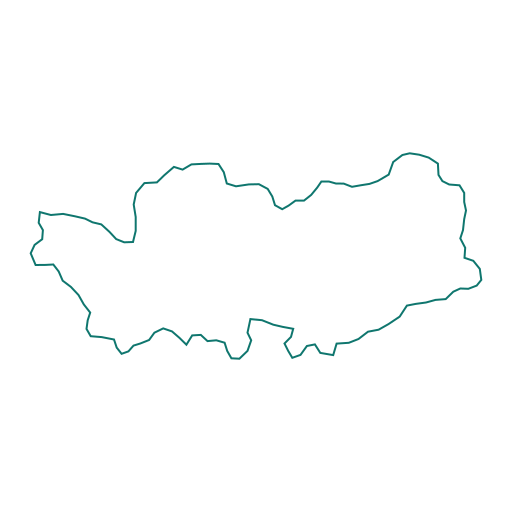 outline of Coimbra, Minas Gerais, Brazil
{"feature_id": "56859067B39104662018874", "entity_name": "Coimbra", "entity_type": "district", "adm_level": 2, "iso_a3": "BRA", "parent_name": "Brazil", "parent_adm1": "Minas Gerais", "projection": "albers", "projection_center": [-42.796, -20.843], "detail": "fine", "context": "isolated", "style": "outline", "palette": "teal", "viewbox_px": 512, "rotation_deg": 0, "n_neighbors": 0, "source": "geoboundaries", "source_scale": "gbopen_adm2", "svg_char_len": 1784}
<svg xmlns="http://www.w3.org/2000/svg" viewBox="0 0 512 512"><path d="M173.9,166.9L164.2,175.3L156.9,182.4L144.4,183.1L136.1,192.9L133.7,204.5L135.7,217.0L135.7,230.9L133.0,242.0L124.2,242.3L116.2,239.1L109.4,231.8L101.3,224.4L92.5,222.3L85.0,218.6L75.0,216.3L63.1,213.9L50.9,215.0L39.9,212.1L38.7,222.8L42.9,230.1L42.2,239.2L34.6,244.9L30.7,253.3L35.6,265.0L45.6,264.9L53.3,264.5L58.7,271.5L62.7,280.7L70.9,286.9L78.5,295.0L83.8,304.4L90.2,312.6L87.7,320.3L86.5,328.9L90.7,336.2L101.7,337.1L114.0,339.5L116.7,347.6L121.6,353.8L128.4,351.4L133.5,345.6L140.3,343.5L149.1,340.0L154.4,332.7L163.2,328.4L172.0,331.4L179.5,337.9L186.4,344.7L192.2,335.4L200.8,334.9L207.5,341.1L216.3,340.3L224.6,342.7L227.2,350.9L231.4,358.3L239.4,358.7L247.5,350.9L251.2,340.3L247.5,332.7L250.4,319.1L262.0,320.2L273.3,324.7L282.8,326.9L293.2,328.8L291.0,336.9L284.5,343.5L288.2,350.9L292.3,357.8L300.5,354.9L306.9,346.0L314.9,344.4L320.3,352.9L333.2,355.1L336.6,343.6L348.8,342.8L358.5,339.0L368.0,331.7L378.6,329.7L388.5,324.1L399.7,316.6L406.9,305.6L415.7,303.9L426.0,302.5L435.5,299.9L445.7,299.1L453.3,291.7L460.3,288.5L468.3,288.8L476.7,285.6L481.3,279.9L479.8,268.9L473.3,260.8L464.5,257.8L465.2,247.8L460.3,238.4L463.0,230.1L464.2,219.1L466.0,210.5L464.2,202.0L464.2,192.9L459.5,185.3L449.2,184.5L442.4,181.1L438.5,174.9L437.9,163.6L428.7,157.6L419.2,154.7L409.7,153.3L402.4,155.0L393.2,162.0L388.7,174.6L377.6,181.1L369.5,183.9L361.2,185.2L352.0,186.8L343.7,183.6L335.9,183.5L328.8,181.5L321.4,181.5L317.2,187.6L311.2,194.9L304.0,200.6L295.5,200.6L288.6,205.6L282.2,209.2L275.0,205.2L272.3,196.5L267.7,188.9L258.9,184.2L248.9,184.4L236.0,186.3L226.8,183.5L223.8,172.2L218.5,164.0L209.7,163.6L201.2,163.9L191.4,164.4L182.6,169.6L173.9,166.9Z" fill="none" stroke="#0f766e" stroke-width="2"/></svg>